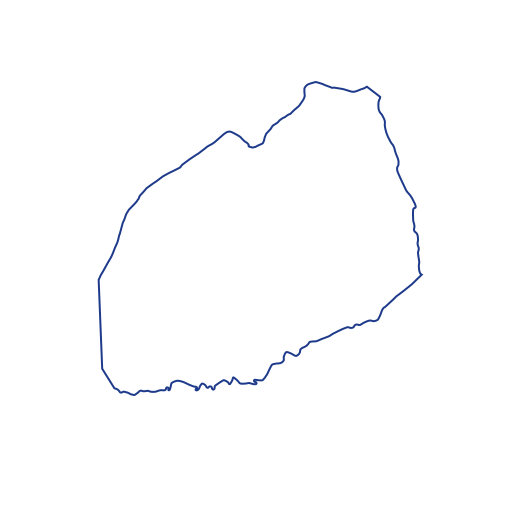 Dolores, Intibucá, Honduras (Robinson projection), rotated 327°
{"feature_id": "27666195B32253104626052", "entity_name": "Dolores", "entity_type": "district", "adm_level": 2, "iso_a3": "HND", "parent_name": "Honduras", "parent_adm1": "Intibucá", "projection": "robinson", "projection_center": [-88.358, 14.26], "detail": "fine", "context": "isolated", "style": "outline", "palette": "blue", "viewbox_px": 512, "rotation_deg": 327, "n_neighbors": 0, "source": "geoboundaries", "source_scale": "gbopen_adm2", "svg_char_len": 6118}
<svg xmlns="http://www.w3.org/2000/svg" viewBox="0 0 512 512"><g transform="rotate(327 256 256)"><path d="M111.0,190.4L65.6,266.8L65.2,289.9L66.4,291.2L67.3,292.8L67.6,294.0L67.7,295.8L67.8,296.3L68.1,296.7L68.4,297.1L68.9,297.3L70.5,297.5L71.1,297.7L71.6,298.1L73.7,300.4L74.4,301.4L75.3,303.1L76.0,304.1L77.4,305.6L78.2,306.2L79.1,306.5L82.2,306.3L84.9,305.9L85.5,306.0L85.9,306.1L86.4,306.4L87.2,307.4L87.9,308.1L89.2,308.9L91.0,309.7L91.7,310.1L92.5,310.7L93.4,312.1L94.1,312.7L95.5,313.8L97.4,314.9L98.4,315.3L100.9,315.9L102.7,316.5L103.6,317.0L105.3,318.3L106.4,318.9L107.0,318.9L107.6,318.8L108.0,318.5L108.6,317.9L109.1,317.7L109.6,317.7L110.1,317.9L110.5,318.4L110.6,318.7L110.6,319.1L110.4,319.6L109.8,320.1L109.6,320.6L109.7,321.0L110.2,321.3L110.7,321.2L111.6,320.6L113.3,319.1L115.1,317.2L115.5,316.9L116.1,316.6L117.3,316.6L119.1,316.8L120.9,317.3L122.3,317.9L123.1,318.5L123.8,319.1L125.8,321.3L126.9,322.8L130.0,327.8L132.3,331.0L133.0,331.9L134.2,332.8L134.7,333.4L134.8,333.7L134.8,334.1L134.7,334.5L134.0,334.9L133.2,334.7L132.7,335.1L132.5,335.4L132.5,335.7L132.7,336.1L132.9,336.3L134.0,336.7L134.7,336.6L135.3,336.5L136.3,336.0L137.8,334.9L138.9,334.3L140.5,333.7L141.4,333.7L141.8,334.0L142.1,334.4L142.7,335.5L143.1,336.5L143.2,337.5L143.1,339.0L143.2,339.5L143.5,340.0L143.8,340.3L144.2,340.4L145.3,340.1L146.0,340.1L146.6,340.4L147.1,341.0L147.3,341.5L147.3,342.1L147.2,342.6L146.9,343.4L146.9,343.8L147.0,344.2L147.3,344.7L147.9,344.9L148.8,344.7L149.3,344.3L149.9,343.4L150.4,342.9L150.9,342.6L151.4,342.5L156.3,342.3L160.2,342.4L161.2,342.5L161.5,342.7L161.7,342.9L162.6,344.3L163.4,345.7L163.8,346.9L163.7,348.6L164.0,349.0L164.3,349.2L164.9,349.1L167.6,347.8L168.8,347.0L170.2,345.7L170.6,345.5L171.0,345.6L171.2,345.8L172.2,348.8L172.7,350.9L173.0,353.5L173.3,354.2L173.6,354.6L175.0,355.7L176.9,356.8L178.4,357.6L180.4,358.4L181.1,358.8L181.8,359.5L182.9,360.8L183.9,361.9L185.2,362.9L186.1,363.4L186.5,363.4L186.9,363.2L187.2,362.9L187.3,362.5L187.3,362.1L187.2,361.7L187.0,361.4L186.4,360.9L186.2,360.3L186.2,359.9L186.3,359.6L186.6,359.3L186.9,359.1L187.3,359.1L187.7,359.2L190.7,361.8L193.0,363.4L193.6,363.7L194.2,363.7L196.8,363.0L200.4,361.5L201.7,360.8L206.8,357.6L209.4,356.2L210.4,355.9L211.2,356.0L213.4,356.8L214.5,357.3L216.5,358.4L217.8,359.0L218.8,359.2L219.7,359.3L221.1,359.2L222.1,358.8L222.7,358.4L223.0,357.9L223.9,356.3L224.4,355.7L225.2,355.1L226.3,354.2L227.4,353.6L228.3,353.2L228.9,353.1L229.6,353.4L230.5,354.3L231.6,355.8L232.6,357.4L233.8,359.8L234.3,360.7L234.9,361.4L235.6,361.8L236.3,361.8L237.5,361.8L238.5,361.6L239.5,361.2L240.6,360.5L241.9,358.9L242.4,358.6L243.0,358.4L244.6,358.3L247.4,358.7L249.4,358.8L251.4,358.4L253.6,357.5L254.5,357.4L255.5,357.8L256.9,358.5L259.8,360.2L261.1,360.6L265.4,361.3L272.7,362.9L274.2,363.1L278.0,363.1L282.8,363.6L288.9,364.4L293.2,365.3L293.8,365.5L294.5,365.9L296.1,367.8L296.8,368.3L297.6,368.6L298.2,368.8L298.9,368.8L299.6,368.6L301.0,367.9L301.6,367.9L302.4,368.0L303.1,368.3L303.6,368.6L304.8,370.0L305.6,370.5L306.8,370.6L309.1,370.6L311.0,370.8L313.9,371.3L315.9,371.9L317.0,372.5L318.3,374.0L319.4,374.9L321.0,375.5L322.8,375.8L323.8,375.7L325.5,374.8L327.8,373.4L332.2,370.1L333.6,369.4L334.8,369.0L335.4,369.0L336.1,369.1L347.4,367.2L351.6,366.3L360.3,365.7L371.3,364.6L384.8,361.9L384.5,361.3L384.3,360.7L384.3,360.0L384.4,359.2L384.9,357.3L386.0,355.0L387.4,352.6L389.1,350.7L389.7,349.9L391.9,345.0L393.5,341.7L394.3,340.7L395.8,339.5L396.6,338.3L397.1,337.2L397.5,335.3L398.0,334.1L398.7,332.9L400.1,331.5L400.9,330.3L401.7,329.0L402.4,327.5L402.9,326.2L403.1,325.1L403.0,324.0L402.6,322.6L402.4,321.8L402.5,320.9L402.8,320.0L403.4,319.2L404.6,318.1L405.1,317.3L406.0,315.4L406.8,312.7L407.4,311.4L410.5,306.3L412.1,304.0L413.1,302.7L413.6,302.3L414.4,302.0L414.9,302.0L415.6,302.3L416.2,302.2L416.8,301.7L417.1,300.9L417.6,299.3L417.8,297.6L418.2,294.2L418.4,291.6L418.3,288.7L417.7,284.5L417.7,282.4L419.4,270.1L420.2,264.9L420.7,262.2L421.3,260.6L422.3,259.0L422.9,258.4L424.3,257.7L425.3,256.9L426.8,254.7L427.3,253.7L427.7,252.7L428.2,250.9L429.1,246.2L429.8,243.8L430.7,241.1L431.1,239.2L431.3,237.7L431.0,234.9L431.1,232.7L431.6,227.9L432.3,224.3L433.3,221.0L434.6,217.7L435.4,216.2L436.5,214.7L437.1,213.8L437.6,212.7L438.0,211.2L438.3,209.0L438.5,206.8L438.5,205.5L438.2,203.6L438.2,202.7L438.4,201.3L438.7,200.0L439.4,198.5L440.3,196.9L441.3,195.4L442.7,193.6L443.8,192.6L445.8,191.3L446.8,190.2L441.2,174.4L438.3,174.3L434.3,173.3L430.5,172.6L428.2,171.9L426.5,170.9L425.8,170.3L424.8,169.2L420.7,164.3L419.6,163.1L413.4,157.5L412.6,157.0L411.6,156.5L411.2,156.1L409.5,153.7L407.1,150.5L405.6,148.2L404.6,146.9L401.9,143.7L400.7,142.6L400.4,142.4L396.4,141.2L393.3,140.4L391.8,140.4L390.0,140.8L388.7,141.3L388.0,141.8L387.5,142.3L385.7,145.2L384.3,147.9L383.9,148.5L383.3,149.0L382.1,149.9L380.8,150.7L374.6,153.3L372.4,153.8L368.1,154.3L364.0,155.1L362.4,155.5L361.9,155.5L361.0,155.2L360.1,155.1L357.7,155.1L356.3,155.3L354.3,155.0L351.9,154.9L349.5,155.1L347.1,155.8L344.8,155.9L342.3,155.8L341.3,155.8L339.6,156.4L337.6,157.4L331.7,158.9L331.0,159.1L327.9,161.3L325.7,163.4L324.7,164.2L323.2,165.1L322.6,165.2L317.5,164.4L314.9,164.2L312.3,163.2L312.0,163.0L311.4,162.4L310.7,161.5L310.0,160.8L309.7,160.2L309.7,159.7L310.2,159.2L310.3,158.8L310.4,158.0L310.2,156.9L309.9,155.8L309.2,154.4L308.9,153.6L308.3,151.1L307.8,148.3L307.5,147.1L307.0,146.0L305.7,143.4L303.5,139.5L302.5,138.1L301.9,137.5L301.0,136.9L300.0,136.5L298.5,136.2L297.1,136.2L295.2,136.3L284.2,137.9L282.3,138.1L280.4,138.1L275.0,137.7L271.1,138.1L263.5,138.7L261.4,138.6L253.6,138.7L247.9,139.0L244.0,139.3L242.8,139.6L241.4,140.2L240.2,140.4L232.7,139.6L229.1,139.1L221.5,138.5L213.1,139.1L209.6,139.1L201.4,139.5L196.2,141.0L192.1,142.0L190.5,142.7L189.4,143.6L188.9,144.0L187.4,144.5L185.9,145.2L183.9,145.8L174.5,148.0L170.1,150.1L168.6,151.2L165.3,153.8L162.8,155.3L161.7,156.2L154.0,163.1L152.1,164.5L149.9,166.7L147.5,168.8L146.1,169.8L142.3,172.2L137.5,175.7L134.9,177.4L132.6,178.7L128.5,180.7L119.7,185.4L115.6,187.4L113.1,189.0L111.0,190.4Z" fill="none" stroke="#1e3a8a" stroke-width="2"/></g></svg>